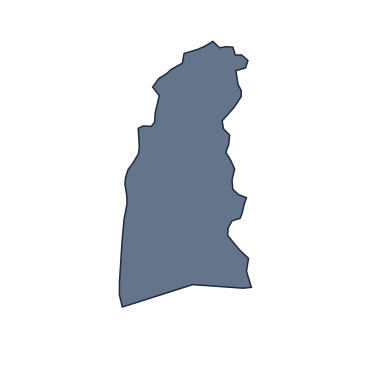 São Francisco do Oeste, Rio Grande do Norte, Brazil (Robinson projection), rotated 320°
{"feature_id": "56859067B39459166800454", "entity_name": "São Francisco do Oeste", "entity_type": "district", "adm_level": 2, "iso_a3": "BRA", "parent_name": "Brazil", "parent_adm1": "Rio Grande do Norte", "projection": "robinson", "projection_center": [-38.17, -5.99], "detail": "fine", "context": "isolated", "style": "filled", "palette": "slate", "viewbox_px": 384, "rotation_deg": 320, "n_neighbors": 0, "source": "geoboundaries", "source_scale": "gbopen_adm2", "svg_char_len": 948}
<svg xmlns="http://www.w3.org/2000/svg" viewBox="0 0 384 384"><g transform="rotate(320 192 192)"><path d="M64.7,235.3L133.0,263.4L169.4,298.6L176.2,303.2L182.8,287.7L192.6,279.2L191.2,267.4L191.2,256.3L191.4,248.1L196.9,242.5L204.2,239.9L212.0,243.1L216.8,240.4L224.2,234.9L230.1,231.4L225.9,223.7L225.0,216.2L230.2,208.7L239.4,201.8L242.1,192.3L243.4,183.4L250.8,179.1L257.4,172.6L256.7,163.8L260.8,156.9L278.7,154.2L291.0,150.6L294.9,146.0L296.4,139.1L303.6,127.3L312.8,131.3L319.3,127.3L318.1,118.9L313.2,114.9L316.4,107.4L311.7,102.7L305.7,99.2L304.8,90.0L295.5,88.6L287.7,86.3L275.0,80.8L267.4,87.1L255.4,84.8L248.2,85.0L239.7,83.7L229.3,86.3L228.8,97.2L214.8,107.6L208.3,114.5L203.0,115.6L196.9,109.9L191.7,108.7L180.7,123.5L175.5,128.4L164.2,132.2L157.7,133.6L150.4,138.2L145.7,142.8L139.7,152.9L134.7,159.2L128.4,164.4L122.0,169.6L106.1,185.5L78.7,214.2L70.3,224.1L64.7,235.3Z" fill="#64748b" stroke="#1e293b" stroke-width="1.5"/></g></svg>